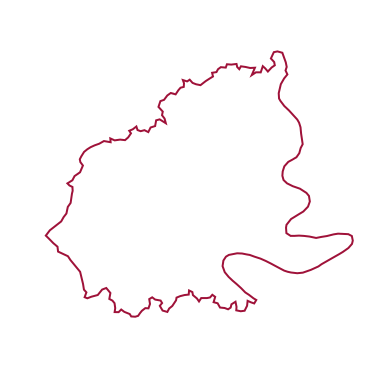 Serranópolis do Iguaçu, Paraná, Brazil, rotated 261°
{"feature_id": "56859067B67809594674729", "entity_name": "Serranópolis do Iguaçu", "entity_type": "district", "adm_level": 2, "iso_a3": "BRA", "parent_name": "Brazil", "parent_adm1": "Paraná", "projection": "mercator", "projection_center": [-54.035, -25.477], "detail": "fine", "context": "isolated", "style": "outline", "palette": "rose", "viewbox_px": 384, "rotation_deg": 261, "n_neighbors": 0, "source": "geoboundaries", "source_scale": "gbopen_adm2", "svg_char_len": 3156}
<svg xmlns="http://www.w3.org/2000/svg" viewBox="0 0 384 384"><g transform="rotate(261 192 192)"><path d="M293.2,304.6L297.4,303.4L300.7,305.1L305.4,304.9L315.4,303.0L317.5,298.4L317.3,294.7L311.5,290.8L307.5,293.5L304.2,293.6L302.5,290.1L299.1,285.8L302.7,283.6L305.2,281.6L299.4,278.6L300.2,273.9L298.1,269.3L304.9,273.6L305.4,268.8L307.1,264.5L308.5,260.0L305.9,257.9L308.4,256.2L311.5,256.0L311.7,250.7L312.7,246.5L309.6,244.8L310.8,240.0L309.2,236.9L306.6,234.9L306.6,230.5L302.8,230.8L301.3,227.2L299.4,222.9L296.2,217.1L297.8,212.8L299.7,209.6L303.3,207.3L302.0,204.5L304.0,200.5L300.7,201.1L297.1,200.3L296.8,197.0L294.7,194.5L291.0,191.1L293.1,186.5L291.2,182.7L287.4,178.8L286.7,175.0L281.3,172.2L276.0,175.7L272.5,174.4L268.8,176.4L264.0,176.9L268.8,171.4L268.4,167.8L262.9,165.9L262.2,161.2L258.0,158.2L260.5,154.7L260.1,150.8L261.7,147.9L265.4,147.3L263.2,143.3L262.3,139.6L259.5,140.9L255.9,137.5L253.7,134.0L255.0,129.2L255.1,123.7L257.7,119.7L253.9,119.4L256.1,113.0L254.2,107.9L253.3,103.1L252.1,98.8L250.6,95.3L248.5,91.7L244.6,88.3L241.9,86.3L239.0,86.4L235.2,88.4L229.0,84.5L226.1,78.5L222.3,75.7L220.0,70.3L217.6,72.0L215.7,74.7L211.8,74.3L209.2,73.2L200.2,70.4L196.7,67.0L190.4,64.6L187.3,61.3L183.4,58.2L176.4,45.6L171.8,40.8L168.7,43.1L163.2,47.0L159.0,50.6L154.1,50.4L148.0,59.4L143.8,61.3L139.4,63.9L130.7,69.0L118.2,70.0L112.5,70.0L109.4,72.0L104.9,69.5L103.4,72.0L104.3,76.2L105.0,82.8L109.7,88.0L110.6,92.3L108.1,93.8L105.0,95.6L99.3,93.6L97.2,96.4L94.3,98.1L89.3,98.0L85.5,96.8L84.8,100.7L87.0,103.7L84.2,106.4L81.2,111.4L78.6,112.5L77.7,116.4L78.1,119.4L80.5,121.7L82.5,123.9L84.6,127.7L83.9,130.8L88.0,133.0L92.9,133.0L94.2,136.2L91.5,138.8L89.7,144.0L87.0,145.1L84.6,142.4L79.5,144.4L77.4,148.9L80.5,151.2L82.5,154.7L87.5,159.3L90.1,160.2L91.0,164.1L91.4,168.5L91.2,172.7L95.2,173.7L93.1,176.7L90.0,176.8L86.1,180.2L82.8,181.8L85.8,184.5L84.9,190.0L85.0,193.3L87.3,196.0L84.8,198.5L79.8,196.1L78.1,199.9L73.5,201.6L72.3,206.1L70.5,209.3L71.8,212.1L74.9,213.4L76.8,217.8L71.6,218.0L68.2,217.2L66.6,221.5L66.5,225.4L71.0,228.6L75.8,229.9L73.8,233.0L72.2,236.0L75.3,238.6L77.3,236.2L81.5,232.2L84.5,228.9L89.3,225.5L93.8,221.9L98.0,218.3L102.4,214.9L107.7,211.8L114.0,210.6L119.4,212.3L122.8,215.4L124.1,218.6L124.4,227.0L123.4,231.9L121.8,236.2L120.8,239.2L118.3,243.7L115.5,249.2L112.4,254.0L108.8,259.0L106.5,262.0L102.5,267.3L99.9,270.8L98.3,273.9L97.0,277.2L95.3,283.3L95.0,288.9L96.5,297.2L98.7,305.2L100.4,308.6L104.8,320.2L107.7,327.9L109.2,331.6L112.2,337.7L115.7,341.9L118.8,343.2L123.5,343.0L125.9,339.8L126.8,335.5L128.0,329.7L128.0,325.2L127.4,318.4L127.4,312.9L127.2,307.4L129.6,301.1L131.1,295.8L132.2,290.8L132.6,286.8L133.2,282.6L136.6,278.8L142.1,279.3L144.8,280.2L149.8,285.6L153.1,293.5L155.3,298.9L159.4,304.3L164.2,306.9L169.8,306.9L173.2,304.9L178.4,299.1L182.0,292.4L185.7,287.2L189.5,284.3L193.9,283.8L198.1,284.8L202.9,287.2L206.7,291.8L208.0,295.5L210.0,300.6L213.5,304.0L218.4,306.2L221.9,308.8L232.6,308.9L239.0,309.3L243.7,308.6L247.1,307.3L257.3,300.6L262.5,296.6L268.1,293.6L270.7,292.6L276.0,293.1L284.6,296.6L289.8,300.8L293.2,304.6Z" fill="none" stroke="#9f1239" stroke-width="2"/></g></svg>